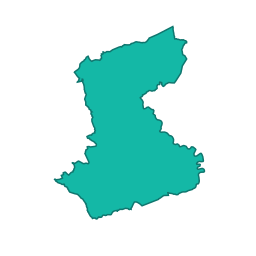 the district of Chilcuautla, Hidalgo, Mexico, rotated 337°
{"feature_id": "50627088B382438860006", "entity_name": "Chilcuautla", "entity_type": "district", "adm_level": 2, "iso_a3": "MEX", "parent_name": "Mexico", "parent_adm1": "Hidalgo", "projection": "orthographic", "projection_center": [-99.261, 20.328], "detail": "fine", "context": "isolated", "style": "filled", "palette": "teal", "viewbox_px": 256, "rotation_deg": 337, "n_neighbors": 0, "source": "geoboundaries", "source_scale": "gbopen_adm2", "svg_char_len": 5829}
<svg xmlns="http://www.w3.org/2000/svg" viewBox="0 0 256 256"><g transform="rotate(337 128 128)"><path d="M57.5,147.0L55.1,148.2L54.1,146.6L53.2,144.3L52.7,144.0L51.4,143.9L50.8,144.0L50.4,145.7L48.1,145.6L48.1,148.5L44.8,148.5L41.5,147.5L40.8,146.5L40.3,146.7L40.4,147.1L41.2,147.7L40.8,148.7L41.7,149.9L42.1,150.9L44.6,153.1L45.2,154.1L46.3,154.6L47.0,154.6L47.4,155.0L47.0,155.8L47.1,156.8L47.2,157.2L48.0,157.7L48.1,158.0L48.7,158.4L48.7,159.4L49.0,159.8L48.8,161.0L49.1,162.0L49.1,163.3L49.4,164.3L53.1,167.5L55.6,169.3L56.8,172.1L57.3,174.1L58.6,175.7L59.0,178.3L59.5,180.1L59.4,180.8L59.8,181.2L59.4,181.9L59.6,182.8L59.2,183.6L59.1,184.9L59.4,185.8L58.9,186.5L58.7,187.4L58.3,187.9L58.5,188.4L58.3,189.6L58.7,189.8L58.6,191.6L59.0,194.7L59.9,196.2L59.9,197.4L61.2,197.5L62.7,198.2L63.0,198.5L63.0,199.1L63.4,199.4L64.4,199.5L65.9,198.5L66.3,198.5L66.6,199.0L67.3,198.9L67.6,199.4L68.9,199.7L70.2,198.8L71.1,198.5L72.0,198.9L73.2,199.8L74.3,199.9L74.6,199.7L75.1,199.7L78.3,201.1L78.8,201.0L80.9,199.4L82.9,199.0L85.0,199.4L85.4,200.2L85.7,200.4L86.2,199.7L87.2,200.1L88.4,199.6L91.3,200.8L94.2,200.9L96.7,202.3L96.8,203.0L97.4,203.6L98.5,203.6L99.1,204.1L99.6,202.9L100.4,202.6L103.2,200.0L104.9,198.7L105.2,198.7L106.8,199.4L107.6,200.1L109.2,202.3L110.5,205.1L128.2,205.6L128.5,205.2L130.1,205.1L134.5,204.1L138.9,205.8L139.4,203.1L139.9,203.3L140.4,204.0L143.2,205.7L144.1,206.7L145.8,207.5L146.2,208.2L147.9,208.8L149.2,208.2L152.6,208.1L153.9,208.4L155.4,209.1L157.0,209.4L159.0,209.2L163.2,209.7L163.8,209.4L166.2,209.3L167.4,208.7L168.8,206.7L170.0,206.5L170.8,206.8L171.4,206.5L172.1,205.8L172.9,204.6L173.9,201.4L174.4,198.9L174.9,197.9L176.1,197.3L177.0,197.1L178.1,197.3L180.5,198.2L181.2,198.0L181.6,197.5L181.8,195.8L180.9,194.4L179.8,194.0L176.6,193.5L176.1,193.1L175.9,192.5L176.3,191.8L177.0,191.3L177.7,191.1L179.2,191.2L180.1,190.1L180.2,189.8L179.8,189.3L177.2,188.3L177.2,187.6L177.6,187.2L179.0,186.6L180.2,186.6L181.0,186.8L182.2,187.6L183.5,188.0L184.1,188.1L184.6,187.6L185.6,183.8L185.7,181.5L185.5,180.1L185.2,179.8L184.5,179.7L180.3,180.6L179.5,180.5L178.4,179.8L178.2,179.4L178.5,177.5L182.0,174.4L181.9,173.6L180.6,171.1L179.5,170.3L178.9,170.2L177.5,171.1L176.3,171.3L175.5,170.9L174.8,170.2L174.4,167.7L173.0,166.3L172.1,165.8L170.0,165.8L168.6,165.6L168.2,165.2L168.3,163.8L167.4,162.1L166.9,161.9L165.4,161.8L164.3,161.0L163.7,160.0L163.7,159.4L164.8,157.8L165.5,156.2L165.5,154.7L165.3,153.4L164.8,152.5L164.4,151.9L163.1,151.1L162.2,148.2L161.1,146.9L160.0,146.0L157.8,145.1L156.9,144.9L155.9,143.7L156.0,143.1L157.4,142.4L158.3,141.5L158.8,139.9L160.4,138.3L161.1,137.2L161.4,136.5L161.4,135.2L161.0,134.1L159.7,132.8L158.4,132.0L157.9,131.4L157.6,130.5L157.4,128.8L157.9,127.1L157.6,126.3L156.9,125.4L156.7,124.5L157.6,123.7L158.6,122.1L158.3,120.9L157.5,120.6L156.7,119.7L155.0,116.7L153.6,116.4L152.1,116.8L151.0,116.8L150.1,116.4L149.9,115.7L150.6,113.2L150.6,112.6L151.9,110.4L152.1,109.5L151.8,107.2L151.1,105.5L151.2,104.8L153.3,104.5L154.2,103.9L154.4,103.2L155.5,103.4L156.9,103.0L157.5,103.2L158.6,102.8L159.0,102.2L160.5,102.2L161.8,101.7L163.1,102.2L164.5,103.4L166.2,103.6L167.1,104.0L167.8,103.8L168.3,103.3L169.3,103.3L170.3,102.9L171.0,100.7L172.1,99.8L173.3,99.9L173.9,100.3L174.3,100.2L174.8,99.1L174.8,98.5L175.1,98.2L175.6,98.4L175.6,99.1L176.5,99.1L176.7,99.3L176.7,99.7L176.0,101.2L176.4,103.0L176.8,103.5L178.3,103.3L179.6,102.4L183.3,102.1L186.0,103.6L188.3,104.6L190.2,103.5L198.1,98.1L202.3,92.1L209.0,87.4L208.5,83.6L207.3,82.3L207.2,81.8L207.3,80.5L207.7,79.4L208.1,76.8L209.1,76.1L210.8,74.1L211.6,73.4L211.9,73.5L213.6,72.2L215.2,72.5L215.7,71.7L215.3,70.3L214.7,70.0L213.3,68.3L213.0,68.2L212.7,68.4L211.5,67.6L210.8,67.6L208.7,65.8L208.0,65.7L207.5,64.8L205.9,64.3L206.1,62.8L206.6,61.9L206.5,60.8L207.2,58.5L207.4,57.2L208.1,54.4L208.7,53.5L208.9,52.1L191.7,53.4L182.6,53.5L182.1,54.0L178.9,55.7L177.0,56.0L175.1,55.1L174.6,55.2L172.9,54.2L171.9,53.4L170.6,52.8L169.8,52.1L168.5,51.7L166.2,51.9L163.8,51.5L163.2,52.0L162.0,52.1L159.7,51.2L157.1,49.8L156.4,50.3L155.3,50.2L154.1,50.9L153.6,50.8L153.4,50.3L151.2,50.0L144.3,50.0L141.2,50.7L138.4,49.4L136.5,49.7L135.7,49.3L135.0,48.3L134.7,48.2L134.1,49.9L133.7,50.0L132.6,49.5L132.5,50.3L131.6,50.6L131.2,52.8L130.9,53.0L130.7,53.8L129.5,53.8L129.2,54.5L128.4,54.7L127.8,54.1L124.7,52.5L122.1,52.3L120.8,52.5L119.9,51.2L119.2,48.7L119.4,47.5L119.3,46.3L117.3,46.6L115.6,48.1L114.3,48.3L113.6,49.0L111.7,49.2L109.2,50.1L108.6,50.7L107.5,52.7L106.5,53.8L105.1,54.5L101.0,55.4L100.4,55.8L100.9,57.3L101.4,59.9L102.2,62.5L102.8,63.2L101.7,64.2L101.0,65.3L99.6,65.6L99.3,66.0L103.6,66.8L104.1,66.0L104.8,65.7L105.0,65.2L105.4,65.5L105.1,66.7L104.2,67.7L104.3,70.1L104.0,72.2L103.2,74.7L102.8,75.4L102.8,76.3L102.4,78.0L102.7,78.7L102.3,79.1L102.6,79.9L102.6,81.0L101.1,82.5L99.4,84.5L99.3,87.5L98.1,90.4L98.8,91.3L99.0,92.5L99.7,93.1L99.6,94.0L99.9,94.5L99.6,95.6L100.7,96.8L100.5,98.2L101.0,99.0L100.3,98.9L100.1,99.6L99.5,100.3L99.4,100.8L99.7,101.2L99.9,102.2L99.5,102.6L99.4,102.9L99.7,103.2L99.9,104.3L98.2,105.7L97.4,107.8L97.1,113.3L97.4,114.9L97.3,115.5L96.7,116.2L96.9,117.6L96.0,118.1L95.6,119.5L94.6,119.3L93.4,119.3L92.4,119.6L91.7,120.3L90.8,119.8L89.5,119.6L86.9,119.8L86.8,121.5L87.0,121.8L87.7,122.0L88.1,122.6L88.5,122.5L88.6,123.9L89.2,124.4L89.7,125.5L90.2,125.9L91.7,128.0L91.9,129.1L92.5,130.2L92.4,131.0L91.7,132.0L91.1,132.1L90.0,131.9L86.0,130.8L84.9,129.8L83.2,129.3L83.0,129.8L82.9,131.2L81.7,131.7L80.9,131.6L79.4,133.4L79.1,134.2L78.4,134.6L78.7,144.3L78.1,145.1L77.2,145.3L76.5,144.5L75.4,143.9L73.8,143.7L72.9,143.3L69.7,139.2L68.7,139.1L65.7,139.8L65.2,139.7L63.5,138.3L63.2,138.3L63.1,138.8L63.9,139.8L64.0,141.1L63.6,143.2L63.3,143.6L62.8,144.2L62.2,144.6L61.4,145.8L60.6,146.0L60.3,146.8L58.5,146.7L57.5,147.0Z" fill="#14b8a6" stroke="#0f766e" stroke-width="1.5"/></g></svg>